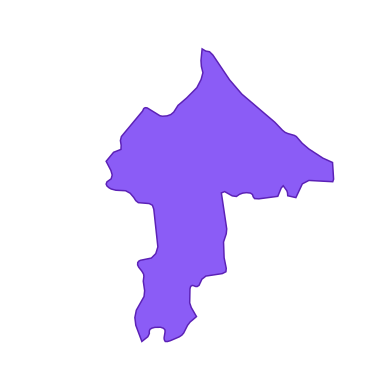 the Province of Ravenna, rotated 323°
{"feature_id": "ITA-5364", "entity_name": "Ravenna", "entity_type": "Province", "adm_level": 1, "iso_a3": "ITA", "parent_name": "Italy", "parent_adm1": "", "projection": "orthographic", "projection_center": [11.905, 44.374], "detail": "fine", "context": "isolated", "style": "filled", "palette": "violet", "viewbox_px": 384, "rotation_deg": 323, "n_neighbors": 0, "source": "natural_earth", "source_scale": "10m", "svg_char_len": 1823}
<svg xmlns="http://www.w3.org/2000/svg" viewBox="0 0 384 384"><g transform="rotate(323 192 192)"><path d="M286.2,83.8L287.8,87.7L290.4,90.5L291.1,95.2L289.5,125.1L290.7,143.8L300.1,186.1L301.4,197.1L302.2,200.3L303.6,202.8L307.8,208.4L308.7,210.5L309.3,219.4L311.2,227.9L316.9,243.7L322.0,253.0L312.8,267.0L310.6,268.5L292.3,253.1L285.0,251.9L271.6,259.0L266.2,252.6L267.8,250.1L268.5,248.0L268.6,241.9L265.6,242.5L257.9,247.1L241.3,237.7L238.0,234.9L238.0,232.6L238.8,230.4L238.0,228.0L235.1,225.3L231.8,223.4L228.4,222.4L224.8,222.3L221.8,219.3L218.3,211.3L214.9,210.4L197.5,242.4L194.2,246.0L187.1,250.9L178.1,263.8L173.4,273.6L171.1,276.1L167.1,275.4L152.5,267.5L147.4,267.6L141.4,270.8L139.2,270.6L137.9,269.5L137.0,267.9L135.9,266.7L134.1,266.6L132.1,268.1L123.4,279.2L121.9,283.8L120.6,294.2L112.2,294.7L108.2,295.8L100.5,299.6L97.7,300.2L94.6,300.0L85.2,297.7L82.3,296.6L80.7,295.3L80.8,294.0L81.3,292.6L82.2,291.4L86.0,287.8L86.9,286.7L87.5,285.5L87.1,283.5L85.5,281.1L80.8,277.7L78.0,276.6L75.8,276.4L74.6,277.1L73.6,278.1L72.8,279.3L71.0,280.3L69.5,281.0L62.0,281.2L66.9,264.6L70.8,257.9L76.4,252.9L90.8,246.6L94.8,242.3L99.4,233.9L102.8,230.4L103.9,228.5L104.3,225.3L104.2,219.9L104.7,217.5L106.2,215.7L107.9,215.2L109.7,215.5L119.8,220.3L126.0,219.4L131.7,215.3L151.1,182.8L152.4,178.8L150.9,175.5L142.7,168.2L141.9,165.1L142.2,161.3L141.9,155.8L139.7,151.0L132.3,144.8L129.2,140.9L128.2,138.5L127.7,136.0L128.2,134.0L130.2,132.7L135.4,132.8L138.5,130.4L140.2,126.0L141.9,115.8L153.3,113.1L160.9,115.2L163.5,112.1L165.8,107.8L169.0,105.2L201.3,97.6L203.5,96.4L204.6,96.3L205.8,96.8L206.9,98.0L212.3,111.8L214.0,113.7L217.9,116.2L221.7,117.4L225.5,117.2L233.0,114.4L244.1,113.7L258.7,111.6L267.0,107.6L272.5,103.3L275.1,97.3L278.3,92.4L286.2,83.8Z" fill="#8b5cf6" stroke="#5b21b6" stroke-width="1.5"/></g></svg>